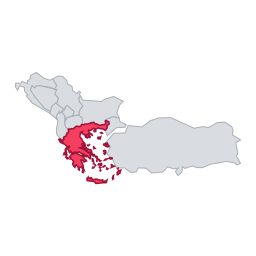 map of Greece with Bulgaria, Turkey, Albania and 6 others greyed out
{"feature_id": "GRC", "entity_name": "Greece", "entity_type": "country or territory", "adm_level": 0, "iso_a3": "GRC", "parent_name": "Europe", "parent_adm1": "", "projection": "mercator", "projection_center": [23.941, 38.339], "detail": "fine", "context": "with_neighbors", "style": "filled", "palette": "rose", "viewbox_px": 256, "rotation_deg": 0, "n_neighbors": 9, "source": "natural_earth", "source_scale": "50m", "svg_char_len": 8681}
<svg xmlns="http://www.w3.org/2000/svg" viewBox="0 0 256 256"><path d="M80.5,95.9L82.6,100.1L101.5,101.4L105.1,98.9L113.7,96.5L123.2,101.2L119.4,105.4L116.8,112.4L119.1,118.0L112.9,116.7L105.5,119.8L105.4,124.6L98.9,125.5L93.8,122.1L88.0,124.8L82.6,124.5L82.1,118.1L78.5,114.9L79.7,113.6L78.9,112.4L80.1,109.3L82.9,106.2L79.3,101.9L78.7,98.2L80.5,95.9Z" fill="#d9dde1" stroke="#a8b0b8" stroke-width="1"/><path d="M240.5,163.4L237.0,165.0L234.5,162.7L226.1,161.5L210.8,164.2L202.5,167.6L196.5,167.6L192.7,165.9L184.7,168.4L182.4,166.6L182.0,171.7L178.1,175.6L175.4,171.5L178.2,168.1L173.8,168.9L167.7,166.8L162.7,172.0L151.8,173.0L145.9,168.2L138.1,167.9L136.4,171.6L131.4,172.7L124.4,167.9L116.5,168.1L112.3,159.0L107.0,154.0L110.5,146.8L105.9,142.3L113.9,133.3L125.1,132.9L128.1,125.6L141.9,126.9L150.6,120.6L159.0,117.9L171.0,117.7L194.0,128.2L202.4,126.7L208.7,127.6L217.2,122.6L224.9,122.1L231.9,126.8L233.1,130.2L232.4,134.8L240.6,140.0L235.7,142.6L237.9,153.3L236.5,156.1L240.5,163.4ZM105.5,119.8L112.9,116.7L119.1,118.0L120.0,121.7L126.3,124.8L125.0,127.2L116.4,127.7L107.3,135.8L105.1,129.4L106.8,128.3L109.0,122.3L105.5,119.8Z" fill="#d9dde1" stroke="#a8b0b8" stroke-width="1"/><path d="M68.6,129.2L68.5,131.7L66.1,133.1L65.7,136.2L62.3,140.8L57.0,134.9L56.3,130.3L57.9,120.8L56.2,116.2L59.4,111.3L59.8,113.2L61.8,112.3L65.0,115.9L64.6,122.8L65.6,126.9L68.6,129.2Z" fill="#d9dde1" stroke="#a8b0b8" stroke-width="1"/><path d="M36.4,72.5L44.1,78.3L50.1,80.3L52.8,78.8L56.8,85.7L54.1,89.6L50.8,87.3L39.6,85.7L36.2,86.0L34.6,88.1L32.0,85.7L30.5,90.0L44.4,108.0L50.8,111.7L50.0,113.4L32.4,103.2L26.3,95.8L27.8,95.1L24.5,90.8L24.4,87.4L19.7,85.7L17.5,90.2L15.4,86.7L15.8,83.0L20.8,83.3L22.1,81.6L27.4,83.5L27.4,80.6L29.9,79.5L30.6,75.3L36.4,72.5Z" fill="#d9dde1" stroke="#a8b0b8" stroke-width="1"/><path d="M50.8,111.7L44.4,108.0L35.6,97.9L30.5,90.0L32.0,85.7L34.6,88.1L36.2,86.0L39.6,85.7L56.7,89.5L54.9,94.0L58.4,97.9L57.3,102.6L51.9,106.3L50.8,111.7Z" fill="#d9dde1" stroke="#a8b0b8" stroke-width="1"/><path d="M78.5,114.9L82.1,118.1L82.6,124.5L80.0,126.5L76.1,126.3L73.4,128.4L68.6,129.2L65.6,126.9L64.6,122.8L66.8,117.6L78.5,114.9Z" fill="#d9dde1" stroke="#a8b0b8" stroke-width="1"/><path d="M52.8,78.8L58.3,76.0L62.8,76.5L66.8,80.6L67.6,83.9L72.0,86.3L72.6,90.5L76.8,93.5L79.0,91.2L80.8,92.4L79.2,94.2L80.5,95.9L78.7,98.2L79.3,101.9L82.9,106.2L80.1,109.3L78.9,112.4L79.7,113.6L78.5,114.9L72.7,115.7L74.1,111.4L67.1,105.6L63.1,110.1L63.7,109.3L55.6,103.1L57.3,102.6L58.4,97.9L54.9,94.0L56.7,89.5L54.1,89.6L56.8,85.7L52.8,78.8Z" fill="#d9dde1" stroke="#a8b0b8" stroke-width="1"/><path d="M63.7,109.3L59.8,113.2L59.4,111.3L56.2,116.2L56.7,119.3L50.0,113.4L51.9,106.3L55.6,103.1L63.7,109.3Z" fill="#d9dde1" stroke="#a8b0b8" stroke-width="1"/><path d="M65.5,119.5L65.0,115.9L61.8,112.3L64.8,109.4L65.8,106.1L67.1,105.6L74.1,111.4L72.7,115.7L66.8,117.6L66.4,119.6L65.5,119.5Z" fill="#d9dde1" stroke="#a8b0b8" stroke-width="1"/><path d="M106.1,120.6L108.9,121.9L109.2,123.9L109.0,124.3L107.1,125.4L107.2,127.8L105.5,130.1L104.9,130.3L103.6,129.2L99.2,128.4L98.2,127.8L95.9,129.1L93.6,128.2L90.8,130.4L88.5,130.1L88.3,130.8L89.3,132.1L89.0,132.7L89.2,133.3L90.4,133.4L91.7,134.1L92.7,135.9L91.3,134.6L89.6,133.8L88.2,134.1L88.2,134.5L90.0,136.2L90.2,137.0L89.8,137.6L89.0,137.0L87.8,135.1L86.0,134.7L85.8,135.1L86.1,136.2L87.8,137.6L87.5,138.0L85.8,137.3L85.3,136.4L85.2,135.2L82.2,133.5L81.9,132.6L82.4,131.6L80.3,132.5L80.4,133.8L79.8,136.1L80.0,136.9L81.8,139.1L82.8,141.4L84.6,143.3L85.3,145.0L84.1,145.7L83.8,145.4L84.1,144.2L82.9,143.5L82.4,143.8L81.8,144.2L82.1,145.0L82.7,146.3L83.4,146.3L81.5,147.5L79.8,147.9L83.1,149.0L84.0,149.7L84.8,149.8L85.6,151.0L87.1,151.4L87.9,152.6L90.0,153.3L90.4,154.6L90.6,158.5L90.0,158.8L87.2,155.8L86.6,155.5L84.4,156.2L83.2,157.0L84.0,157.7L84.4,159.3L85.8,159.7L86.5,161.0L84.1,162.0L83.7,161.7L83.7,161.0L83.1,160.6L81.3,159.7L81.0,160.1L81.3,161.4L81.9,162.3L83.4,166.3L83.3,168.2L84.1,170.0L82.8,169.2L81.4,166.9L80.9,166.9L80.1,167.0L79.3,168.9L79.3,170.0L78.8,169.7L78.4,169.4L78.4,167.7L76.3,164.7L75.4,165.1L75.2,166.8L74.9,167.4L73.8,166.2L72.7,164.3L72.7,163.2L73.5,162.2L73.4,161.5L72.6,160.1L70.9,158.9L70.6,157.9L69.4,156.9L70.7,155.6L71.4,154.1L73.3,154.3L74.5,152.8L75.4,152.9L82.4,156.3L82.2,155.4L83.8,155.2L84.3,154.6L83.6,154.1L81.8,153.7L78.8,151.8L78.0,152.6L75.5,152.1L71.9,152.9L70.9,151.4L70.7,152.4L69.8,152.7L69.3,152.3L68.4,149.8L67.6,148.7L66.9,148.4L66.8,147.8L66.9,147.3L67.7,147.2L69.3,147.6L69.6,147.3L69.3,146.3L66.9,146.5L64.6,144.2L63.4,143.6L62.6,141.5L61.3,140.0L62.2,140.4L63.0,140.3L63.5,139.2L64.0,139.1L63.5,137.4L64.2,136.8L66.0,136.1L67.1,133.0L68.1,132.6L68.7,131.3L68.2,129.9L68.2,129.2L70.8,129.0L71.4,128.6L72.7,129.0L74.1,128.2L75.7,126.5L77.1,126.2L79.3,126.6L81.0,126.0L81.4,124.5L84.1,124.6L84.7,124.0L87.6,124.0L90.3,123.3L90.6,122.7L93.9,122.4L94.5,123.5L95.8,124.3L96.3,123.9L97.4,124.2L99.2,125.4L103.1,124.6L104.1,124.7L105.6,124.0L105.7,122.7L105.1,121.2L105.3,120.9L106.1,120.6ZM88.7,177.9L90.3,178.2L90.9,177.6L91.4,177.6L91.6,178.1L91.0,178.5L92.0,178.7L92.2,179.5L92.8,179.7L95.4,179.1L97.5,179.2L98.2,179.8L100.9,180.2L102.7,179.8L102.8,181.6L103.2,181.8L104.9,181.0L105.9,181.0L107.0,180.1L106.4,182.5L105.9,182.7L103.4,182.7L96.0,183.5L95.6,183.3L95.3,182.1L93.5,181.5L87.2,180.6L86.9,179.2L87.1,178.1L87.4,177.9L87.8,178.3L88.3,177.1L88.7,177.9ZM85.2,146.3L86.8,148.4L89.3,149.5L91.1,149.9L91.6,150.9L91.5,151.6L92.2,153.8L92.8,154.4L94.3,154.5L94.4,155.7L93.8,156.1L92.8,155.7L91.7,154.8L91.6,154.0L90.5,152.3L88.4,152.2L87.7,151.8L87.4,150.8L84.8,148.5L83.2,147.8L82.5,148.1L82.0,147.8L84.8,146.3L85.2,146.3ZM107.6,143.5L107.5,144.1L108.8,145.6L108.9,146.3L108.2,145.9L108.6,146.7L107.5,146.9L105.8,146.4L105.4,145.9L106.6,144.8L105.9,144.8L105.2,145.7L104.0,145.3L103.5,144.8L104.0,143.9L105.3,143.8L105.9,143.5L105.9,143.1L107.2,143.0L107.6,143.5ZM118.0,174.6L117.3,174.8L117.1,174.4L117.4,173.4L117.1,172.5L118.5,170.9L120.8,170.1L120.2,172.1L119.6,172.8L119.8,173.4L118.9,173.6L118.0,174.6ZM105.8,153.1L104.7,154.4L103.9,153.6L103.8,153.4L104.6,152.6L103.6,151.2L103.5,150.6L104.8,150.3L105.8,150.9L105.8,153.1ZM65.3,151.5L65.8,153.4L66.3,153.6L67.0,154.6L66.8,155.2L65.6,154.8L65.0,154.9L64.5,153.7L63.8,154.2L64.2,152.8L65.0,152.8L65.3,151.5ZM61.8,142.6L62.0,143.1L60.4,142.3L58.7,139.4L60.1,138.9L60.7,139.4L60.8,139.6L60.1,140.4L60.6,140.8L60.9,142.2L61.8,142.6ZM100.7,136.9L100.0,139.1L99.3,138.9L99.2,138.2L98.8,138.9L97.9,138.6L97.8,137.3L99.1,137.2L99.5,137.7L100.7,136.9ZM110.6,157.6L112.2,158.0L112.3,158.5L110.8,159.1L108.9,158.4L109.3,157.9L110.6,157.6ZM95.8,131.4L94.9,131.8L93.9,131.1L93.9,130.7L94.7,129.7L95.4,129.8L95.9,130.6L95.8,131.4ZM67.7,157.7L68.4,158.5L67.8,158.3L67.2,158.9L65.7,157.2L66.3,156.5L66.7,157.2L67.7,157.7ZM101.4,165.3L100.7,165.6L100.0,164.4L101.2,163.2L101.7,163.6L101.4,165.3ZM97.4,158.1L97.2,158.7L95.4,156.8L95.3,156.2L95.9,156.0L96.4,156.7L97.1,156.7L97.4,158.1ZM113.6,178.6L112.9,179.3L112.4,177.6L113.0,176.4L113.0,175.9L113.5,175.6L113.0,177.3L113.6,178.6ZM66.4,150.0L65.3,150.5L65.5,148.9L66.3,148.1L66.4,150.0ZM83.7,171.8L83.3,172.7L82.5,172.4L82.3,172.0L82.3,171.1L82.6,170.5L83.7,171.8ZM114.4,166.2L111.3,167.5L111.6,167.0L113.5,165.9L114.4,166.2ZM106.1,159.8L104.5,160.2L105.3,159.2L107.2,158.9L106.1,159.8ZM99.4,164.4L98.9,165.1L98.2,164.7L98.5,164.0L99.1,163.6L99.4,163.7L99.4,164.4ZM99.3,159.5L99.0,160.1L98.6,160.0L97.4,158.8L99.3,159.5ZM95.1,148.4L94.1,148.6L94.3,148.2L93.5,147.7L93.7,146.8L94.3,147.2L94.4,147.8L95.1,148.4ZM102.4,133.2L101.6,133.5L100.7,132.7L101.5,132.4L102.4,133.2ZM94.1,167.1L94.0,167.8L92.6,168.1L92.8,167.3L93.3,167.6L94.1,167.1ZM103.6,166.9L102.8,166.9L104.7,165.6L105.1,165.9L103.6,166.9ZM93.1,159.1L92.3,160.2L92.2,159.5L92.5,158.8L92.9,158.8L93.1,159.1ZM100.3,161.2L99.7,161.2L99.7,160.5L100.8,160.7L100.3,161.2ZM108.0,168.7L107.1,169.4L106.6,169.1L106.6,168.6L107.1,168.8L107.4,168.5L107.3,168.3L108.0,168.7ZM112.0,165.4L111.3,165.5L111.4,164.8L111.1,164.2L112.2,165.0L112.0,165.4ZM93.7,161.3L92.9,162.1L93.1,161.5L92.9,161.2L93.3,160.7L93.7,161.3ZM66.7,152.8L66.4,152.9L65.8,151.4L66.3,151.7L66.7,152.8ZM100.4,167.5L100.1,168.1L99.3,167.2L99.6,166.9L100.4,167.5ZM88.6,145.6L88.3,145.9L87.8,145.7L87.3,144.7L88.6,145.6ZM86.9,156.5L86.3,156.8L86.0,156.5L86.5,156.0L86.9,156.5ZM94.0,163.9L93.3,163.8L93.4,163.3L94.0,163.2L94.0,163.9ZM100.9,170.5L100.6,170.9L100.1,170.8L100.4,170.4L100.4,169.7L100.9,170.5ZM95.4,165.7L95.1,165.4L95.1,164.8L95.4,164.8L95.7,165.4L95.4,165.7ZM118.1,168.2L118.0,169.2L117.6,168.5L118.1,168.2ZM90.0,144.1L89.0,145.3L89.4,144.5L90.0,144.1ZM97.0,160.5L97.0,161.4L96.8,161.4L96.8,160.4L97.0,160.5Z" fill="#f43f5e" stroke="#9f1239" stroke-width="1.5"/></svg>